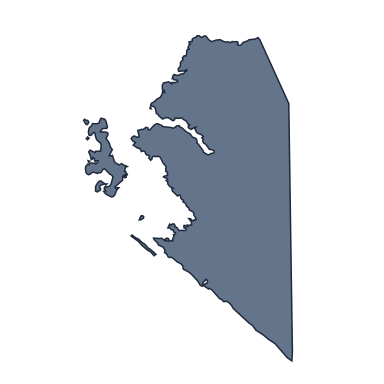 outline of Lamu East, Coast, Kenya, rotated 95°
{"feature_id": "3690345B14280875758697", "entity_name": "Lamu East", "entity_type": "district", "adm_level": 2, "iso_a3": "KEN", "parent_name": "Kenya", "parent_adm1": "Coast", "projection": "natural_earth1", "projection_center": [41.091, -1.907], "detail": "fine", "context": "isolated", "style": "filled", "palette": "slate", "viewbox_px": 384, "rotation_deg": 95, "n_neighbors": 0, "source": "geoboundaries", "source_scale": "gbopen_adm2", "svg_char_len": 6098}
<svg xmlns="http://www.w3.org/2000/svg" viewBox="0 0 384 384"><g transform="rotate(95 192 192)"><path d="M32.4,139.7L34.2,142.6L35.3,148.4L36.6,149.8L38.6,154.2L40.9,155.6L41.7,156.9L41.7,158.3L41.1,159.6L39.8,159.0L38.5,159.6L38.3,161.3L38.9,163.2L38.5,164.6L39.8,167.3L39.3,169.3L39.7,171.4L39.4,173.3L37.8,177.4L38.6,181.2L40.5,185.5L38.8,188.7L35.5,191.6L35.4,193.3L37.3,196.1L35.6,198.7L36.0,200.7L37.5,201.6L38.8,204.3L39.8,205.1L41.9,204.9L42.6,208.0L44.0,207.8L44.7,206.5L45.4,207.6L48.4,208.6L50.0,207.4L50.2,208.9L51.6,209.5L55.7,209.5L57.1,210.1L57.0,211.7L59.2,213.3L60.9,212.5L64.0,214.8L68.0,214.6L70.0,216.3L71.5,216.4L73.0,215.8L72.1,210.9L70.7,207.9L72.0,207.9L72.7,209.5L75.1,210.8L75.4,213.3L76.8,215.4L77.2,217.6L76.4,219.8L77.4,220.9L80.9,221.6L80.9,220.3L81.9,219.6L81.7,218.0L82.1,216.1L83.3,216.0L84.6,218.6L84.7,221.7L86.1,221.5L84.3,224.7L85.8,229.9L88.5,230.9L92.9,230.3L93.4,228.5L95.3,227.9L94.3,230.0L97.5,230.4L100.4,231.9L102.7,235.2L105.7,237.8L106.9,239.9L108.5,240.7L109.8,240.2L110.1,237.7L111.6,236.2L112.7,235.4L116.9,234.4L117.5,232.7L118.9,231.8L121.9,227.7L120.3,224.7L120.1,223.1L120.3,221.6L122.7,217.2L121.7,215.7L119.8,215.3L119.8,211.9L119.1,208.6L120.3,207.2L121.9,203.8L125.2,201.5L125.4,200.1L126.5,201.3L127.6,201.5L128.9,200.4L129.7,198.1L127.8,195.8L127.1,193.8L128.6,194.7L131.9,192.8L133.0,191.4L134.0,187.9L135.7,185.5L137.2,187.0L138.1,185.5L139.7,185.9L142.2,184.7L143.5,182.1L147.9,178.5L148.4,174.8L149.1,173.7L150.3,173.2L151.5,174.1L151.9,176.4L153.0,177.7L153.5,179.6L151.6,183.8L149.9,184.5L143.7,190.0L142.8,191.3L141.4,191.3L138.7,192.3L137.7,194.4L137.5,196.2L134.3,198.8L132.8,202.5L128.8,207.9L128.4,209.7L127.0,210.5L127.4,212.8L130.2,216.1L129.6,217.8L129.4,226.8L128.5,227.7L127.0,231.9L127.1,233.3L128.3,235.1L134.0,239.7L133.7,241.1L131.9,241.6L131.6,243.6L134.0,246.0L134.0,247.8L135.4,251.4L141.4,249.4L142.3,251.1L141.2,254.6L142.8,256.7L144.3,257.2L146.6,255.1L147.6,252.6L150.4,254.7L153.1,249.8L153.1,247.8L156.1,246.0L155.5,244.6L155.5,243.0L156.7,241.9L158.3,241.4L159.3,239.8L159.2,238.3L160.4,237.6L161.9,238.0L164.0,235.9L162.8,234.8L161.1,234.7L159.8,233.7L159.9,231.0L159.3,228.6L160.3,226.6L166.0,223.1L168.2,220.6L169.6,219.8L170.9,220.3L173.8,219.8L174.3,218.2L176.3,218.2L177.7,217.6L178.4,220.6L179.4,221.8L180.1,220.6L180.4,218.4L181.6,217.3L182.8,218.8L184.2,216.9L186.0,216.9L187.9,215.2L189.2,213.4L189.8,211.3L190.2,212.5L192.8,211.6L197.3,206.0L196.1,205.0L196.5,203.4L199.3,202.5L200.5,201.2L200.9,199.6L202.6,200.1L203.5,197.9L206.8,196.0L208.5,193.4L210.1,193.2L212.0,188.7L214.7,188.2L217.8,185.9L219.4,185.7L219.4,187.3L220.7,188.0L220.1,189.7L218.8,191.2L218.8,192.9L221.8,190.0L225.0,189.5L225.5,194.0L226.6,193.3L225.9,196.9L227.3,197.2L228.7,196.6L228.4,195.0L230.3,194.6L231.1,195.7L231.1,199.5L231.6,200.7L231.1,202.1L228.7,203.9L228.0,206.1L226.7,206.0L225.3,207.2L225.6,208.9L226.9,209.7L225.9,211.5L229.9,212.9L229.8,211.1L231.3,209.3L231.6,207.4L233.4,206.7L233.9,205.2L234.9,204.7L236.2,206.8L237.2,206.0L240.1,207.1L242.4,207.0L242.1,208.4L242.9,209.9L242.9,211.6L241.5,210.8L240.3,211.8L240.2,213.2L241.4,214.6L242.9,213.2L242.9,214.8L240.7,218.1L241.2,220.8L241.3,226.3L242.8,225.6L245.2,222.5L247.8,220.7L249.4,216.2L250.6,215.0L252.0,214.0L254.9,214.0L255.8,211.9L258.6,210.2L259.3,208.7L258.8,207.1L259.4,205.6L263.2,200.2L264.1,197.3L266.5,194.6L269.5,194.1L272.2,187.9L274.1,185.3L280.3,178.4L284.3,175.6L285.0,173.4L283.9,172.7L282.6,173.5L281.0,173.2L279.3,171.1L277.8,170.7L278.4,169.3L279.9,168.6L281.5,168.9L282.8,171.9L284.2,172.4L287.2,167.1L286.4,166.3L287.7,163.8L296.0,155.0L296.4,153.0L298.4,151.2L298.0,147.6L299.1,145.4L301.4,142.9L304.4,140.8L317.7,123.6L319.6,120.2L324.2,116.2L328.2,108.5L332.0,103.1L335.9,96.0L348.8,82.6L351.6,77.8L342.9,78.0L95.4,103.3L34.4,137.7L32.4,139.7ZM180.0,259.4L178.5,259.3L177.4,259.8L177.3,261.1L172.9,260.3L172.3,258.7L171.5,260.4L171.4,262.2L169.8,264.5L171.3,266.6L170.2,269.6L169.4,271.1L168.0,272.1L162.4,274.5L163.0,275.6L163.1,277.6L156.7,275.1L154.3,277.2L150.4,278.7L146.0,282.3L142.9,280.9L141.2,280.7L140.1,281.7L139.8,283.5L140.1,288.5L137.6,287.4L136.5,286.2L136.1,282.5L134.5,281.9L128.6,284.0L127.1,285.2L126.4,288.9L127.3,289.6L131.7,290.8L132.5,294.1L132.5,297.0L135.4,298.3L136.7,299.8L138.7,300.3L141.8,300.4L144.4,299.5L144.5,297.7L141.1,294.9L142.3,293.4L144.3,293.3L147.5,291.9L149.1,290.6L151.1,287.6L152.7,286.7L154.3,286.5L159.3,286.8L159.8,291.5L161.2,291.9L159.2,297.3L161.1,298.4L164.7,296.4L168.5,295.2L167.8,294.0L166.2,293.7L167.2,292.3L169.0,291.9L170.2,290.8L169.0,290.0L169.0,288.3L170.4,288.4L172.4,290.5L171.9,291.8L171.9,295.0L172.4,296.3L173.8,296.8L173.4,298.4L175.9,300.1L178.1,300.2L181.7,299.3L182.9,298.4L183.8,296.7L183.0,294.8L180.8,292.6L181.7,287.6L180.8,286.6L180.9,285.1L180.0,284.0L177.7,283.0L176.3,281.3L181.2,275.6L182.1,273.6L183.5,272.3L184.8,272.2L191.0,273.3L192.7,274.1L193.7,275.3L194.6,279.5L196.5,279.8L197.4,278.6L198.6,278.0L199.0,280.1L201.5,277.8L203.9,272.0L203.6,270.6L202.5,269.3L200.6,268.2L197.0,267.4L194.1,265.2L194.1,266.9L194.9,268.4L193.6,269.2L186.4,262.2L182.3,262.5L180.0,259.4ZM241.1,248.9L245.7,241.4L249.9,236.8L253.9,231.0L255.5,227.6L258.8,224.3L257.2,222.5L252.6,228.7L251.9,230.5L248.2,234.4L246.2,238.0L243.5,241.3L242.6,244.1L240.1,247.9L241.1,248.9ZM191.5,279.1L190.1,282.1L188.9,283.5L189.3,285.2L190.7,286.5L194.7,288.5L199.5,288.2L200.2,286.2L199.1,285.2L198.7,283.9L197.0,283.2L196.0,284.1L194.6,284.4L193.0,283.4L191.5,279.1ZM130.1,306.2L133.3,304.0L134.1,302.5L133.0,301.4L131.3,300.9L129.8,302.2L129.7,303.9L128.9,305.4L130.1,306.2ZM224.1,240.3L222.2,238.0L220.6,238.0L219.8,239.5L220.4,240.8L224.4,242.2L224.1,240.3ZM149.1,300.6L147.3,299.3L146.2,300.7L148.1,302.0L149.1,300.6ZM183.6,260.4L183.1,258.8L181.9,259.1L182.4,260.9L183.2,261.1L183.6,260.4ZM180.0,259.4L181.0,259.3L180.8,258.2L180.1,257.9L179.6,258.5L180.0,259.4ZM112.6,239.9L111.0,240.9L112.5,241.2L112.6,239.9ZM171.4,297.7L170.3,296.6L169.9,298.2L171.4,297.7ZM191.5,279.1L192.5,278.5L191.4,277.5L191.5,279.1Z" fill="#64748b" stroke="#1e293b" stroke-width="1.5"/></g></svg>